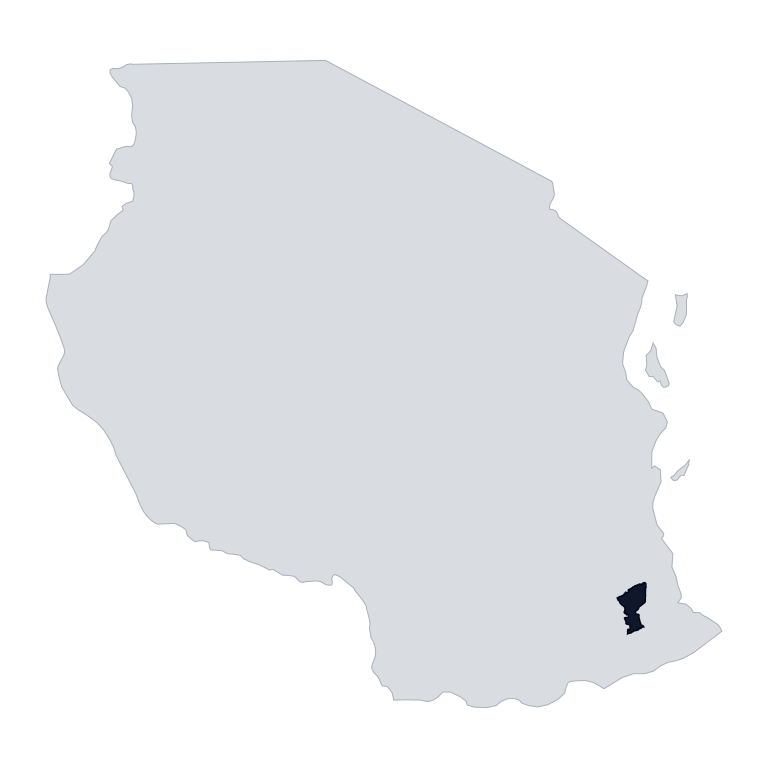 Ruangwa, Lindi, United Republic of Tanzania shown in context
{"feature_id": "72390352B35310074637090", "entity_name": "Ruangwa", "entity_type": "district", "adm_level": 2, "iso_a3": "TZA", "parent_name": "United Republic of Tanzania", "parent_adm1": "Lindi", "projection": "albers", "projection_center": [38.983, -10.09], "detail": "fine", "context": "in_parent", "style": "filled", "palette": "ink", "viewbox_px": 768, "rotation_deg": 0, "n_neighbors": 0, "source": "geoboundaries", "source_scale": "gbopen_adm2", "svg_char_len": 8597}
<svg xmlns="http://www.w3.org/2000/svg" viewBox="0 0 768 768"><path d="M269.8,570.1L259.9,565.1L251.0,562.1L243.6,558.8L240.3,555.4L233.4,554.2L227.5,553.8L222.0,550.7L210.7,549.8L209.4,547.7L209.1,543.0L207.2,541.8L203.1,540.7L198.7,540.9L196.0,541.6L194.4,541.3L190.7,538.6L187.2,535.2L185.8,529.6L180.6,526.1L174.6,523.4L158.1,524.1L155.5,523.3L151.5,520.6L146.8,516.0L143.0,510.7L139.6,503.5L135.9,493.8L116.0,455.2L113.9,447.9L109.9,439.8L103.6,429.9L97.0,422.6L88.1,416.0L78.0,409.6L72.5,405.2L61.8,387.1L59.4,378.5L57.6,369.7L58.1,366.1L64.2,354.4L64.7,351.1L63.8,346.8L60.4,337.7L56.1,326.8L47.4,306.8L46.1,301.7L46.1,297.9L50.3,277.3L50.1,274.4L69.3,274.3L83.0,264.9L94.8,251.1L97.1,245.5L101.8,236.7L106.6,232.3L108.4,229.3L111.0,220.7L117.2,214.7L123.3,210.1L122.0,207.0L122.9,205.8L126.2,203.4L132.8,201.1L134.0,196.6L133.8,191.6L132.7,188.8L132.8,185.5L131.7,183.7L127.4,183.3L120.9,181.0L115.4,180.0L111.7,178.7L110.4,177.6L109.7,174.5L112.5,166.6L109.4,163.5L115.8,150.4L117.0,148.8L119.4,148.5L123.2,147.0L126.8,146.3L129.7,146.7L131.9,146.2L133.7,144.6L135.2,140.2L136.4,132.8L135.5,126.9L132.6,122.3L131.6,115.3L132.7,105.8L131.6,98.0L128.3,91.8L125.1,88.2L120.2,86.5L112.3,77.2L109.9,72.6L110.2,69.7L112.8,68.4L117.7,68.7L122.2,67.5L126.4,64.7L130.5,63.9L132.7,64.3L325.5,60.4L551.5,181.2L552.5,182.7L554.3,193.3L553.9,196.9L550.5,203.1L549.5,206.3L549.5,208.5L550.3,209.4L553.2,209.7L555.7,211.1L556.7,212.2L558.6,216.8L561.0,219.1L646.0,279.7L647.9,280.6L646.7,285.7L641.9,298.0L641.7,303.2L639.8,309.2L638.0,313.2L633.1,330.6L629.0,337.1L623.5,352.4L622.6,364.1L625.7,372.2L626.8,379.9L633.3,387.4L638.5,390.1L642.0,393.5L648.3,401.4L651.8,409.2L663.0,413.1L667.4,422.0L665.8,428.0L660.6,433.1L655.8,441.2L651.8,451.9L651.7,468.3L654.4,465.8L660.3,469.8L661.0,481.9L654.9,496.0L653.0,502.5L652.7,508.2L657.1,525.0L663.8,533.6L663.3,536.3L661.5,538.5L672.9,553.7L671.9,566.9L676.2,577.2L678.0,586.1L680.8,592.9L681.4,597.6L677.8,602.8L686.1,604.2L691.0,608.4L693.3,612.5L699.3,612.4L702.5,615.2L707.2,617.5L717.5,624.4L720.3,627.9L721.9,631.2L693.5,652.7L683.2,658.3L675.9,660.8L668.1,662.3L660.6,665.7L653.6,671.0L644.6,673.7L633.7,673.7L622.2,677.5L604.1,688.7L593.6,682.5L585.3,680.5L575.8,680.8L570.0,681.6L568.0,682.9L566.2,686.7L564.7,692.9L558.5,699.0L547.6,704.8L537.5,706.9L528.3,705.5L522.1,703.2L518.8,699.9L514.0,698.4L507.7,698.7L501.7,701.1L495.9,705.6L486.7,707.6L474.0,707.1L467.2,705.0L466.2,701.3L460.6,697.0L450.4,692.0L442.9,692.0L438.1,696.9L433.7,699.9L429.8,701.2L426.2,701.4L421.1,700.1L407.0,699.8L393.7,700.1L392.3,693.2L389.5,689.0L387.1,686.5L382.5,685.9L381.2,684.0L379.6,679.7L377.3,676.0L374.2,673.0L372.4,670.2L371.7,667.6L372.2,664.7L374.9,657.5L375.7,652.6L375.3,647.6L373.7,642.5L370.5,636.4L370.8,634.7L369.7,630.5L369.5,627.6L370.1,624.0L369.4,619.2L366.6,609.0L366.5,606.4L363.6,601.5L354.5,589.9L354.1,588.4L340.0,576.8L334.4,574.4L332.4,576.6L331.7,578.6L332.3,582.4L332.0,584.3L331.5,585.1L328.2,585.1L326.1,584.7L320.7,581.6L316.6,580.9L306.4,581.6L302.9,582.4L300.0,581.8L294.6,576.4L288.2,575.4L282.5,575.2L273.0,569.3L269.8,570.1ZM664.5,370.4L669.1,383.3L668.5,385.7L665.3,387.2L663.6,387.3L661.5,385.3L660.1,380.9L657.6,381.9L653.4,376.7L649.2,376.5L645.5,370.3L646.9,364.8L646.1,355.6L650.6,350.9L653.2,343.0L656.1,348.4L656.8,356.8L660.7,366.8L664.5,370.4ZM687.1,293.6L687.4,296.6L686.5,299.5L686.6,308.7L686.3,314.7L682.8,323.2L679.9,326.1L677.4,325.3L675.3,323.9L673.7,321.6L677.1,306.1L675.4,294.8L681.9,295.9L687.1,293.6ZM677.3,479.9L674.0,480.7L672.8,479.9L670.8,477.4L674.2,475.2L677.6,471.0L685.5,464.9L689.1,460.0L688.6,464.8L684.1,475.2L680.3,475.9L677.3,479.9Z" fill="#d9dde1" stroke="#a8b0b8" stroke-width="1"/><path d="M617.3,597.8L617.3,598.1L617.5,598.8L617.8,599.1L617.8,599.6L618.2,600.2L618.2,600.4L618.4,600.7L618.7,600.7L619.2,600.8L619.6,600.8L619.8,600.8L619.8,601.1L619.8,601.4L619.7,602.1L619.8,602.6L620.0,603.0L620.6,603.6L621.9,605.0L622.4,605.2L622.7,605.6L623.3,605.7L623.6,605.9L623.6,606.0L623.8,606.2L623.9,606.3L623.9,606.5L624.1,606.6L624.2,606.8L624.3,606.9L624.6,607.1L624.9,607.7L624.9,608.0L624.9,608.6L624.9,609.1L625.0,609.5L625.0,609.8L625.0,610.1L624.8,610.4L624.7,610.9L624.7,611.0L624.9,611.2L624.8,611.6L624.6,611.6L624.4,611.9L624.1,612.1L624.3,612.4L624.4,612.5L624.5,612.8L624.6,613.2L624.9,613.4L625.1,613.5L625.6,613.8L625.9,613.8L626.5,614.4L626.7,614.8L627.1,614.6L627.5,614.5L628.0,614.6L628.2,615.2L628.4,615.8L628.4,616.2L628.5,617.0L628.4,617.3L628.2,617.4L627.9,617.5L627.4,617.5L627.0,617.5L625.6,617.6L624.9,617.7L624.5,618.0L624.6,618.3L624.7,618.6L624.9,619.3L625.7,620.9L625.9,621.0L625.9,621.4L626.0,621.4L626.0,621.7L626.3,622.0L626.3,622.3L626.2,622.6L626.0,623.1L626.1,623.3L626.0,623.6L626.3,623.7L626.6,623.9L626.9,624.2L627.1,624.2L628.2,624.3L630.1,625.3L630.1,626.3L630.0,627.5L630.1,628.0L630.0,629.9L629.8,629.9L629.7,629.8L629.6,629.6L629.3,629.8L629.2,629.8L629.0,629.6L628.3,629.9L628.2,629.7L628.1,629.3L627.9,629.4L627.6,630.7L627.6,631.1L627.6,631.8L627.7,632.5L627.6,633.9L627.8,633.8L628.0,633.8L628.7,633.2L629.0,633.2L629.4,633.1L629.7,633.2L629.9,633.2L630.1,633.0L630.6,633.0L631.1,632.9L631.3,632.8L631.5,632.7L631.6,632.3L631.7,632.2L631.9,632.1L632.1,631.8L632.4,631.9L632.7,631.8L632.8,631.8L633.1,631.6L633.0,631.4L633.1,631.2L633.3,631.1L634.2,630.8L634.4,630.9L634.6,630.9L634.8,630.8L635.0,630.6L635.3,630.6L635.6,630.6L635.9,630.6L636.1,630.4L636.3,630.4L636.6,630.1L636.8,630.2L636.8,630.3L637.1,630.2L637.3,630.2L637.5,630.2L637.5,629.9L637.8,630.0L637.8,629.9L638.0,629.8L638.0,629.7L638.1,629.8L638.2,629.7L638.3,629.6L638.7,629.3L638.9,629.1L639.0,629.0L639.2,628.8L639.5,628.8L639.6,628.7L639.9,628.5L639.9,628.3L640.0,628.2L640.1,628.3L640.4,628.3L640.5,628.4L640.9,628.3L641.2,628.1L641.3,628.0L641.5,627.6L641.8,627.3L642.1,627.3L642.3,627.3L642.3,627.1L643.1,626.9L643.5,627.0L643.8,627.0L643.6,626.4L643.1,625.9L642.7,625.4L641.9,625.4L641.5,625.6L641.3,625.6L641.2,625.4L640.7,623.6L640.5,622.8L640.4,622.7L639.9,621.5L639.8,620.9L639.4,619.0L639.2,618.3L639.1,618.0L638.9,617.4L638.9,617.0L639.0,615.6L638.9,614.7L638.5,614.4L638.0,614.3L636.2,614.2L635.9,614.0L635.8,613.6L635.5,612.5L635.5,612.2L635.7,611.3L636.0,611.0L636.5,610.4L637.1,610.2L637.5,609.9L638.0,609.4L638.3,608.9L638.6,608.3L638.9,607.3L639.2,606.8L639.5,606.6L640.1,606.2L641.5,605.2L643.6,603.4L644.0,603.2L644.4,602.9L644.6,602.7L645.2,601.8L645.3,601.5L645.3,601.1L645.3,599.2L645.3,597.7L645.4,596.3L645.6,595.5L645.5,595.1L645.5,594.5L645.4,593.6L645.5,590.6L645.5,589.6L645.6,589.2L645.5,588.3L645.6,588.2L645.8,587.9L645.8,587.7L645.8,587.3L646.0,587.1L646.1,586.8L646.0,586.7L645.9,586.6L645.8,586.4L645.8,585.9L645.7,585.5L645.7,585.2L645.8,584.8L645.9,584.7L645.9,584.2L645.9,583.9L645.8,583.6L645.6,583.4L645.6,583.2L645.4,583.2L645.2,583.1L644.9,583.2L644.6,583.1L644.5,582.9L644.6,582.7L644.2,582.6L643.8,582.7L643.6,582.8L643.5,583.0L643.4,583.0L643.5,583.2L643.5,583.3L643.4,583.3L643.4,583.2L643.2,583.3L642.9,583.5L643.0,583.8L642.7,583.9L642.7,584.1L642.6,584.4L642.4,584.5L642.2,584.5L641.9,584.6L641.6,584.7L641.3,584.8L641.2,584.8L641.1,584.5L640.9,584.3L640.9,584.1L640.7,584.2L640.4,584.4L640.2,584.4L639.7,584.1L639.2,584.1L638.8,584.4L638.7,584.9L638.4,584.8L638.1,584.8L637.7,584.9L637.2,584.9L637.0,585.0L636.9,585.2L636.9,585.3L637.0,585.3L637.0,585.6L636.9,585.6L636.7,585.8L636.2,585.8L635.9,585.9L635.8,586.0L635.6,586.1L635.4,586.2L635.4,585.7L635.2,585.6L634.9,585.7L634.9,586.1L634.8,586.3L634.7,586.5L634.1,586.7L634.0,586.8L633.8,586.8L633.5,586.8L633.4,586.9L633.2,587.0L632.8,587.0L632.6,587.4L632.6,587.5L632.3,587.6L632.2,587.8L632.3,587.9L632.4,588.0L632.1,588.1L631.9,588.2L631.6,588.2L631.4,588.2L631.1,588.9L630.8,588.8L630.3,588.8L630.1,589.0L629.9,589.1L629.9,589.3L629.7,589.5L629.4,589.6L629.1,589.5L628.8,589.5L628.6,589.7L628.5,589.8L628.4,589.9L628.5,590.2L628.3,590.4L628.4,590.6L628.6,590.7L628.6,590.8L628.5,591.2L628.5,591.4L628.3,591.6L628.2,591.9L628.2,592.0L628.4,592.2L628.4,592.3L628.2,592.7L628.0,592.8L627.6,592.7L627.5,592.9L627.4,593.0L626.6,592.6L626.2,592.7L626.0,592.4L625.6,592.2L625.5,592.3L625.4,592.5L625.5,593.0L625.4,593.1L625.0,593.2L624.6,593.4L624.3,593.7L624.3,593.8L624.5,594.1L624.5,594.3L624.4,594.8L624.0,594.9L623.7,594.9L623.5,595.1L623.4,595.3L623.1,595.3L623.0,595.2L622.8,595.3L622.5,595.5L622.4,595.6L622.2,595.7L622.0,596.0L621.8,596.2L621.6,596.3L621.4,596.2L621.2,596.1L620.7,596.4L619.9,596.4L619.6,596.5L619.1,596.7L618.9,596.9L618.9,597.1L618.8,597.5L618.6,597.9L617.9,597.8L617.7,597.9L617.3,597.8Z" fill="#0f172a" stroke="#020617" stroke-width="1.5"/></svg>